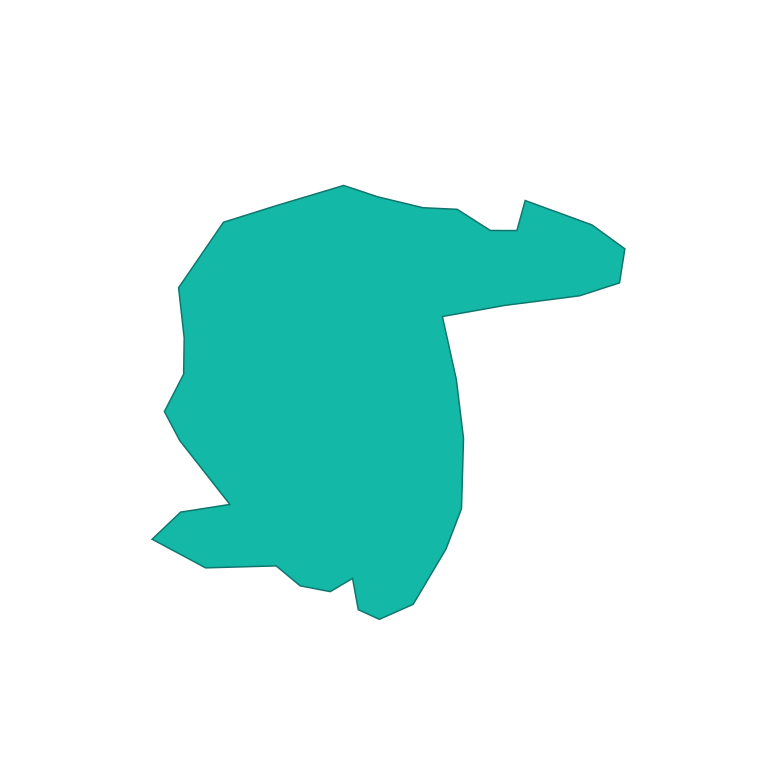 SVG path tracing the border of Campbell Islands, rotated 156°
{"feature_id": "NZL-5478", "entity_name": "Campbell Islands", "entity_type": "state/province", "adm_level": 1, "iso_a3": "NZL", "parent_name": "New Zealand", "parent_adm1": "", "projection": "mercator", "projection_center": [169.165, -52.535], "detail": "fine", "context": "isolated", "style": "filled", "palette": "teal", "viewbox_px": 768, "rotation_deg": 156, "n_neighbors": 0, "source": "natural_earth", "source_scale": "10m", "svg_char_len": 603}
<svg xmlns="http://www.w3.org/2000/svg" viewBox="0 0 768 768"><g transform="rotate(156 384 384)"><path d="M573.8,336.7L593.6,415.4L595.8,448.2L563.0,474.5L547.8,507.4L532.5,555.5L464.8,597.1L407.9,590.5L340.1,581.8L313.8,557.7L276.7,529.2L246.1,513.8L224.4,481.0L200.2,470.1L180.4,494.2L129.3,444.7L109.0,409.5L127.7,380.6L169.3,385.0L241.8,406.7L303.2,421.9L316.1,358.6L333.5,301.9L363.9,238.6L394.5,208.0L446.9,170.9L484.0,170.9L499.3,188.3L491.8,219.2L517.6,216.2L542.7,233.7L556.5,261.7L621.8,288.6L659.0,336.5L621.9,349.7L573.8,336.7Z" fill="#14b8a6" stroke="#0f766e" stroke-width="1.5"/></g></svg>